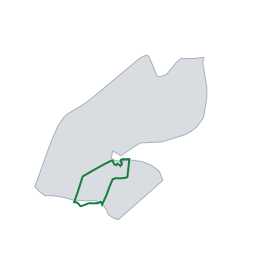 location of Dilkhil, Dikhil, Djibouti, rotated 23°
{"feature_id": "41766387B9467441741428", "entity_name": "Dilkhil", "entity_type": "district", "adm_level": 2, "iso_a3": "DJI", "parent_name": "Djibouti", "parent_adm1": "Dikhil", "projection": "equal_earth", "projection_center": [42.604, 11.271], "detail": "fine", "context": "in_parent", "style": "outline", "palette": "green", "viewbox_px": 256, "rotation_deg": 23, "n_neighbors": 0, "source": "geoboundaries", "source_scale": "gbopen_adm2", "svg_char_len": 1839}
<svg xmlns="http://www.w3.org/2000/svg" viewBox="0 0 256 256"><g transform="rotate(23 128 128)"><path d="M180.5,162.7L173.6,177.1L164.8,195.4L154.8,216.3L148.5,216.5L143.6,215.3L140.3,211.7L133.4,207.9L125.7,207.6L118.3,211.2L105.8,215.7L94.5,217.2L85.4,219.7L77.9,222.6L71.1,221.0L65.2,218.4L63.9,196.1L62.6,172.0L62.7,153.2L64.8,142.8L66.7,138.7L77.3,124.4L81.0,118.5L93.2,94.8L103.7,74.5L111.5,59.3L113.9,56.3L117.1,53.4L119.5,54.2L134.6,68.9L137.3,68.5L142.4,63.9L147.0,48.3L150.2,42.6L151.6,42.7L161.3,38.3L170.1,33.4L171.2,38.5L184.6,59.6L188.9,69.9L193.4,88.9L191.1,99.4L187.6,106.3L182.5,112.4L164.7,127.5L144.9,137.1L132.2,156.3L122.8,155.0L124.3,162.2L127.8,163.0L133.3,161.7L144.2,156.1L153.8,153.4L164.3,153.2L173.8,155.6L180.5,162.7Z" fill="#d9dde1" stroke="#a8b0b8" stroke-width="1"/><path d="M105.2,190.3L106.9,208.4L107.4,217.4L108.2,217.2L109.2,216.6L109.6,216.6L111.0,216.7L112.7,217.5L113.5,218.1L115.1,218.4L115.9,217.8L116.0,217.8L117.0,216.7L117.8,216.1L121.0,212.8L122.1,212.2L124.6,211.2L125.9,210.8L128.4,209.4L129.0,209.5L129.9,208.7L131.1,207.1L131.6,206.7L132.3,206.8L133.4,207.7L133.5,208.0L134.1,208.6L134.4,197.4L133.9,190.0L133.9,181.2L136.7,178.7L139.9,177.7L144.6,175.1L146.5,173.6L146.4,172.6L141.4,156.1L141.2,156.1L140.6,156.7L139.3,157.0L138.7,157.5L137.9,157.7L136.8,158.6L136.4,158.6L136.2,158.3L135.8,158.2L135.7,158.6L134.9,159.6L134.1,159.7L133.8,160.3L133.9,160.6L134.4,161.3L134.3,161.6L134.5,161.9L135.6,162.2L136.1,162.6L136.2,163.7L136.1,164.0L136.0,164.6L136.3,164.7L136.2,164.9L135.9,165.2L135.8,165.8L135.4,165.5L134.8,165.6L133.5,165.2L132.7,165.3L132.2,165.1L131.9,165.9L131.6,166.3L131.5,166.9L129.6,166.8L129.1,166.6L128.6,166.1L127.8,165.2L127.4,164.6L126.9,164.4L126.6,164.1L125.3,164.7L119.7,171.3L112.1,181.1L105.2,190.3Z" fill="none" stroke="#15803d" stroke-width="2"/></g></svg>